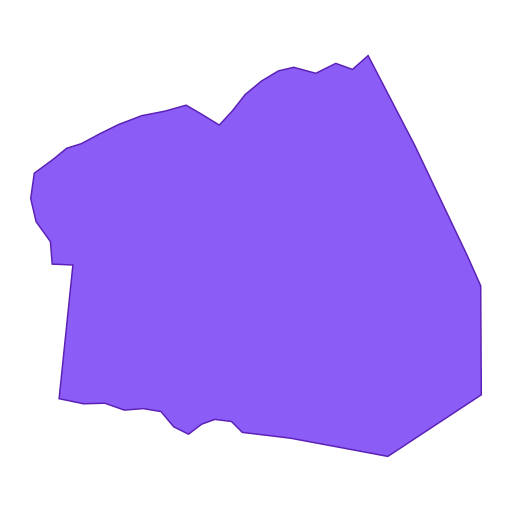 Pilões, Paraíba, Brazil (orthographic projection)
{"feature_id": "56859067B29382910416261", "entity_name": "Pilões", "entity_type": "district", "adm_level": 2, "iso_a3": "BRA", "parent_name": "Brazil", "parent_adm1": "Paraíba", "projection": "orthographic", "projection_center": [-35.62, -6.881], "detail": "fine", "context": "isolated", "style": "filled", "palette": "violet", "viewbox_px": 512, "rotation_deg": 0, "n_neighbors": 0, "source": "geoboundaries", "source_scale": "gbopen_adm2", "svg_char_len": 641}
<svg xmlns="http://www.w3.org/2000/svg" viewBox="0 0 512 512"><path d="M481.3,394.8L480.7,285.8L467.0,255.1L414.7,145.3L368.1,55.6L352.5,69.4L335.8,63.4L315.8,73.3L293.7,67.3L278.4,70.9L261.4,81.1L245.3,94.4L232.1,111.2L219.3,125.1L201.6,114.2L186.1,105.2L164.6,111.2L141.6,115.7L118.6,124.5L100.3,133.5L81.2,143.7L66.6,148.3L53.4,159.1L34.3,173.2L30.7,198.5L36.1,221.7L50.4,241.6L52.2,264.1L72.9,265.0L59.1,398.7L83.6,403.8L104.8,403.2L124.3,410.1L143.4,408.6L161.0,411.6L173.8,426.9L188.5,434.2L201.6,424.2L214.8,419.4L231.5,421.5L242.3,432.4L289.8,438.1L387.8,456.4L481.3,394.8Z" fill="#8b5cf6" stroke="#5b21b6" stroke-width="1.5"/></svg>